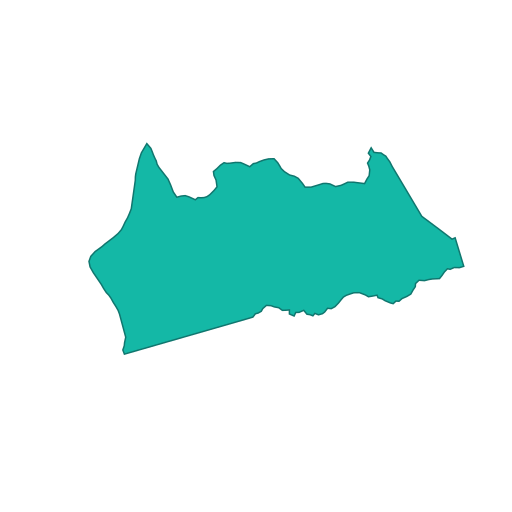 outline of Jatobá do Piauí, Piauí, Brazil, rotated 44°
{"feature_id": "56859067B34195907990870", "entity_name": "Jatobá do Piauí", "entity_type": "district", "adm_level": 2, "iso_a3": "BRA", "parent_name": "Brazil", "parent_adm1": "Piauí", "projection": "mercator", "projection_center": [-41.919, -4.852], "detail": "fine", "context": "isolated", "style": "filled", "palette": "teal", "viewbox_px": 512, "rotation_deg": 44, "n_neighbors": 0, "source": "geoboundaries", "source_scale": "gbopen_adm2", "svg_char_len": 2392}
<svg xmlns="http://www.w3.org/2000/svg" viewBox="0 0 512 512"><g transform="rotate(44 256 256)"><path d="M229.5,418.0L294.0,306.0L296.2,302.1L295.7,298.0L297.2,295.5L298.2,292.1L297.4,289.1L297.8,284.3L301.3,281.3L304.5,279.9L308.3,277.4L312.7,276.8L315.3,274.1L317.5,271.6L320.3,274.5L325.1,272.7L323.8,269.0L326.1,266.7L328.1,261.9L333.1,262.5L335.6,260.7L338.5,259.5L338.2,256.4L341.8,254.9L343.9,251.3L344.3,248.6L343.8,243.9L346.7,241.6L348.0,237.6L348.0,232.5L347.6,228.3L347.4,224.8L348.3,221.5L350.0,218.1L351.9,214.5L355.9,210.5L361.8,208.0L365.2,207.2L367.5,204.1L370.3,200.1L372.7,201.2L376.6,199.2L379.9,198.5L385.3,196.4L387.8,195.0L388.0,191.2L390.3,189.2L390.6,185.2L392.6,180.3L393.8,175.9L392.6,171.3L391.9,167.4L389.9,165.0L390.1,160.2L394.3,156.7L396.7,152.8L399.0,149.8L403.7,144.8L403.3,140.7L402.6,136.6L402.6,132.2L404.9,130.7L406.6,126.6L410.5,123.0L412.6,119.1L386.6,104.6L385.3,107.7L378.3,108.5L369.9,109.5L347.7,112.3L306.8,101.1L291.7,97.0L286.8,95.3L282.6,94.6L280.0,94.0L277.3,94.6L274.4,95.0L272.4,96.8L268.9,99.5L263.7,98.2L265.4,104.0L269.5,104.6L271.0,108.1L271.7,111.7L274.7,113.0L278.0,115.0L281.6,119.6L282.4,123.7L283.8,128.5L277.4,133.3L275.2,134.9L270.8,139.1L269.5,142.6L268.1,146.1L265.0,150.8L259.1,152.8L256.1,155.0L253.9,157.2L251.5,161.6L247.8,168.2L243.5,172.4L238.9,171.5L232.4,170.8L228.1,172.0L223.9,174.4L217.8,175.6L213.3,175.6L210.7,174.8L206.8,173.8L201.4,173.5L197.6,177.4L195.0,181.4L192.9,185.7L191.7,188.9L189.9,191.4L189.5,196.1L185.7,197.4L183.1,198.3L180.0,199.5L176.3,202.9L172.6,207.6L170.6,209.7L168.2,211.1L167.3,215.4L167.2,220.3L166.7,224.8L169.9,227.3L174.5,229.1L179.9,233.3L180.3,238.0L180.2,244.0L179.5,247.4L178.1,250.0L176.0,252.3L173.7,254.3L173.3,257.7L166.7,260.0L163.1,261.8L160.5,264.9L158.2,268.7L152.0,267.4L145.2,264.2L139.3,261.8L124.6,259.7L121.1,258.7L118.2,256.9L115.6,256.0L111.7,254.4L109.2,253.2L105.6,251.6L99.4,251.0L101.9,261.4L104.5,267.0L112.5,280.5L114.3,282.9L116.6,285.4L133.5,308.7L135.5,313.5L137.1,317.8L138.2,322.2L139.9,327.1L140.9,330.6L141.2,335.6L140.6,341.9L139.0,352.2L138.7,356.1L137.2,364.5L137.4,371.0L139.6,375.9L144.2,379.1L150.6,381.0L159.3,382.8L164.5,383.9L168.9,385.2L173.8,386.3L177.4,386.4L181.0,387.1L185.5,388.5L190.5,389.7L194.6,390.9L198.0,392.5L218.7,404.9L221.7,409.7L223.6,412.1L225.5,416.1L229.5,418.0Z" fill="#14b8a6" stroke="#0f766e" stroke-width="1.5"/></g></svg>